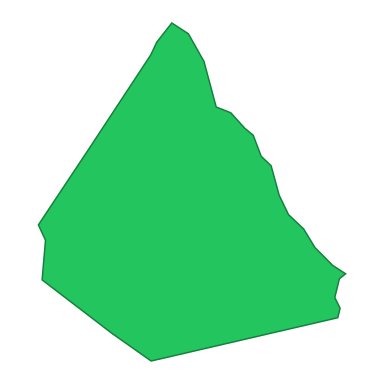 Morgan, Georgia, United States of America (Albers equal-area conic projection)
{"feature_id": "52423323B3349908065818", "entity_name": "Morgan", "entity_type": "district", "adm_level": 2, "iso_a3": "USA", "parent_name": "United States of America", "parent_adm1": "Georgia", "projection": "albers", "projection_center": [-83.452, 33.626], "detail": "fine", "context": "isolated", "style": "filled", "palette": "green", "viewbox_px": 384, "rotation_deg": 0, "n_neighbors": 0, "source": "geoboundaries", "source_scale": "gbopen_adm2", "svg_char_len": 469}
<svg xmlns="http://www.w3.org/2000/svg" viewBox="0 0 384 384"><path d="M43.2,217.6L38.4,224.9L45.5,240.3L42.1,279.9L112.1,333.5L151.1,361.0L337.8,317.7L340.1,308.2L334.8,297.6L339.4,278.7L345.6,273.8L332.8,265.5L315.0,247.6L303.6,228.9L288.5,214.6L279.2,195.3L271.1,165.7L261.2,156.3L253.2,135.2L244.9,128.4L230.8,112.8L216.2,107.0L204.0,61.5L188.4,33.8L171.8,23.0L156.8,42.1L150.7,55.0L88.9,148.9L43.2,217.6Z" fill="#22c55e" stroke="#15803d" stroke-width="1.5"/></svg>